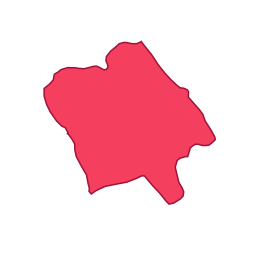 SVG path tracing the border of Vinica, rotated 141°
{"feature_id": "MKD-3003", "entity_name": "Vinica", "entity_type": "Statistical Region", "adm_level": 1, "iso_a3": "MKD", "parent_name": "North Macedonia", "parent_adm1": "", "projection": "albers", "projection_center": [22.558, 41.857], "detail": "fine", "context": "isolated", "style": "filled", "palette": "rose", "viewbox_px": 256, "rotation_deg": 141, "n_neighbors": 0, "source": "natural_earth", "source_scale": "10m", "svg_char_len": 1381}
<svg xmlns="http://www.w3.org/2000/svg" viewBox="0 0 256 256"><g transform="rotate(141 128 128)"><path d="M63.3,186.9L63.5,181.9L63.5,173.9L63.5,170.7L64.1,163.9L64.7,158.4L64.8,152.9L64.8,147.2L64.3,139.1L63.1,130.4L62.2,126.5L59.5,123.6L57.9,120.4L58.0,119.6L58.1,118.1L61.7,113.9L61.0,97.5L61.2,91.7L63.6,84.9L64.6,75.6L66.1,66.6L67.5,64.0L71.4,63.7L75.7,63.7L78.0,65.0L81.2,67.6L83.6,71.1L86.0,73.0L88.8,73.4L92.0,73.4L97.2,69.8L99.5,68.3L99.5,68.5L102.0,69.8L106.6,71.8L110.2,71.8L115.9,67.9L119.5,60.5L122.7,53.7L123.6,47.6L124.8,43.4L127.9,40.5L131.7,39.9L139.4,40.8L144.0,43.0L144.4,47.4L144.4,58.1L145.1,67.1L145.3,74.5L145.3,80.3L147.5,82.2L153.0,83.5L163.1,86.7L172.7,91.9L182.5,97.0L188.8,98.6L193.3,99.6L196.4,99.6L198.1,99.9L198.1,103.4L196.0,105.4L194.0,109.9L189.8,117.6L188.3,127.3L186.2,138.3L183.1,144.4L179.5,149.2L178.6,154.1L178.3,160.8L178.7,161.8L177.6,162.1L176.6,167.6L178.3,171.2L179.1,178.2L178.3,189.5L176.4,197.6L173.1,205.6L168.3,211.5L161.3,211.5L155.8,212.4L151.6,216.0L151.2,216.1L147.3,215.5L143.2,215.5L136.9,212.9L131.5,208.4L128.3,204.9L124.7,201.6L120.6,199.7L116.3,197.8L113.4,195.8L111.7,192.3L110.5,189.1L108.8,187.4L107.1,187.4L105.2,187.8L103.8,190.7L102.8,194.2L99.9,197.1L93.0,198.7L87.4,198.7L81.7,199.0L77.3,197.1L75.2,195.2L71.8,191.0L68.2,188.1L63.7,186.8L63.3,186.9Z" fill="#f43f5e" stroke="#9f1239" stroke-width="1.5"/></g></svg>